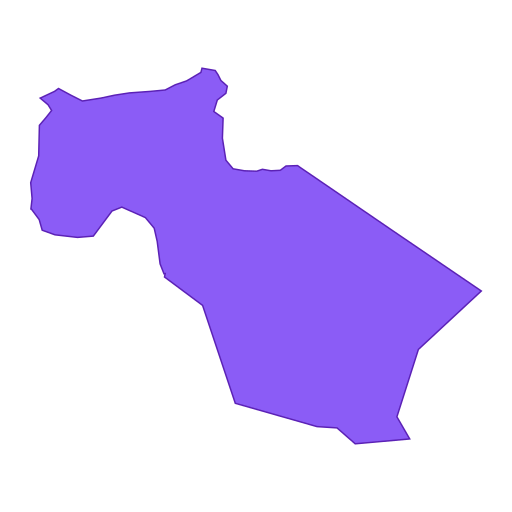 Säffle, Värmland, Sweden
{"feature_id": "70781695B34912889430401", "entity_name": "Säffle", "entity_type": "district", "adm_level": 2, "iso_a3": "SWE", "parent_name": "Sweden", "parent_adm1": "Värmland", "projection": "robinson", "projection_center": [12.854, 59.089], "detail": "fine", "context": "isolated", "style": "filled", "palette": "violet", "viewbox_px": 512, "rotation_deg": 0, "n_neighbors": 0, "source": "geoboundaries", "source_scale": "gbopen_adm2", "svg_char_len": 956}
<svg xmlns="http://www.w3.org/2000/svg" viewBox="0 0 512 512"><path d="M30.9,209.0L31.4,209.1L39.2,219.6L42.0,229.5L42.2,230.2L54.9,234.8L77.5,237.4L93.3,236.1L99.2,228.2L112.0,211.0L121.8,207.1L145.4,217.6L154.2,228.2L157.2,241.4L160.1,263.9L164.0,273.8L165.2,273.6L164.5,277.0L202.6,305.4L235.3,403.3L317.0,426.6L337.0,427.9L355.2,443.8L409.0,439.0L409.7,438.9L408.4,436.7L396.9,416.8L418.4,349.4L481.3,291.0L392.4,230.5L320.6,181.4L299.8,167.2L297.6,165.6L286.0,166.0L280.3,170.3L271.0,170.8L262.4,169.3L256.7,171.2L244.5,170.8L233.1,168.8L225.9,160.2L222.4,138.2L223.1,118.1L213.8,111.5L217.3,100.0L225.9,93.3L227.3,86.2L220.9,80.5L218.0,74.7L215.2,70.5L202.0,68.2L200.9,72.4L186.6,80.9L175.2,84.8L165.2,90.0L150.2,91.4L129.5,92.9L114.5,95.2L100.9,98.1L82.4,101.0L70.9,95.2L58.5,88.5L54.5,91.4L40.2,98.1L48.1,104.8L51.6,110.5L45.9,117.7L39.4,125.3L38.7,155.9L30.7,182.7L32.1,198.6L30.9,209.0Z" fill="#8b5cf6" stroke="#5b21b6" stroke-width="1.5"/></svg>